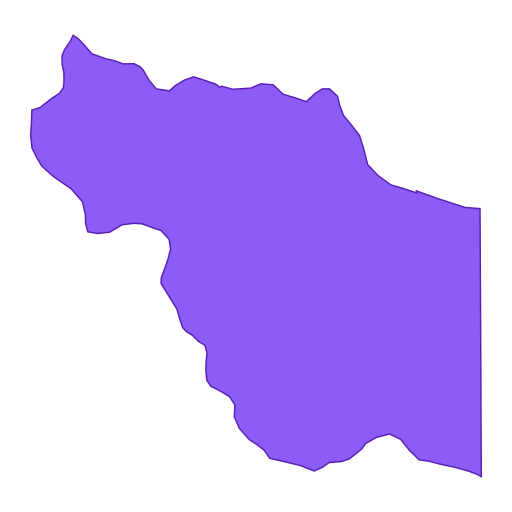 outline of Al Jufrah
{"feature_id": "LBY-2964", "entity_name": "Al Jufrah", "entity_type": "Municipality", "adm_level": 1, "iso_a3": "LBY", "parent_name": "Libya", "parent_adm1": "", "projection": "natural_earth1", "projection_center": [16.482, 27.933], "detail": "fine", "context": "isolated", "style": "filled", "palette": "violet", "viewbox_px": 512, "rotation_deg": 0, "n_neighbors": 0, "source": "natural_earth", "source_scale": "10m", "svg_char_len": 1624}
<svg xmlns="http://www.w3.org/2000/svg" viewBox="0 0 512 512"><path d="M31.9,110.1L40.1,107.5L52.0,98.2L59.5,93.3L63.4,87.6L64.0,81.8L63.9,72.6L62.2,64.5L62.0,55.9L64.5,49.7L70.2,41.4L73.1,35.4L77.4,38.0L84.5,45.3L91.7,53.7L105.8,58.8L114.9,60.8L123.0,63.9L134.0,63.7L140.1,66.8L143.1,70.0L149.2,80.5L156.3,88.9L169.4,90.9L175.4,85.5L184.5,80.1L193.5,76.8L206.6,81.0L215.7,84.1L220.1,87.3L221.7,86.2L232.8,89.3L250.9,88.1L261.0,83.8L273.1,84.8L283.2,94.3L297.2,98.5L306.3,101.7L315.4,93.2L322.4,88.9L329.5,88.9L337.5,96.3L339.5,104.8L343.5,115.5L351.5,125.1L359.6,135.7L363.6,148.5L367.6,164.5L377.6,175.2L390.6,184.8L405.6,189.2L416.5,192.9L416.4,190.9L437.2,198.4L464.2,207.2L464.2,207.4L480.0,208.6L480.8,361.2L481.0,418.9L481.3,476.6L477.3,474.4L467.3,470.7L454.4,467.2L439.5,464.0L428.7,461.1L419.2,459.9L409.4,450.3L400.6,439.3L389.5,434.0L376.2,437.5L365.9,443.4L361.5,449.2L349.2,459.0L341.5,461.5L329.1,462.6L322.2,467.4L314.2,471.0L300.3,465.5L284.1,461.6L269.7,458.3L264.2,450.2L256.7,444.4L249.4,439.7L239.3,428.3L234.3,416.6L234.9,404.9L229.7,396.8L224.0,393.2L215.7,388.6L211.0,386.4L206.8,380.3L205.9,370.8L206.1,362.4L206.9,354.1L207.0,353.1L204.9,345.3L198.6,341.5L192.6,335.4L186.4,331.6L182.7,327.7L179.7,318.8L177.0,309.3L168.0,294.6L161.1,283.6L161.2,280.2L161.3,277.7L164.6,269.0L168.3,258.0L170.6,248.8L169.1,239.3L161.0,230.5L154.2,228.3L141.9,223.8L134.0,223.3L122.1,224.7L109.7,232.2L97.7,233.5L87.8,231.8L85.6,223.4L85.4,214.5L82.4,201.7L71.2,188.8L54.3,177.2L47.4,171.2L41.8,166.1L36.4,157.0L32.0,147.9L30.7,135.4L31.5,121.4L31.9,110.1Z" fill="#8b5cf6" stroke="#5b21b6" stroke-width="1.5"/></svg>